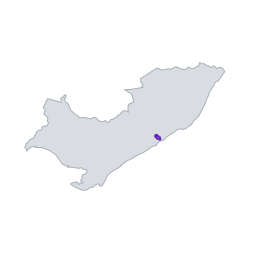 Canta, Lima, Peru shown in context, rotated 260°
{"feature_id": "86281439B11462215509346", "entity_name": "Canta", "entity_type": "district", "adm_level": 2, "iso_a3": "PER", "parent_name": "Peru", "parent_adm1": "Lima", "projection": "equal_earth", "projection_center": [-76.765, -11.534], "detail": "fine", "context": "in_parent", "style": "filled", "palette": "violet", "viewbox_px": 256, "rotation_deg": 260, "n_neighbors": 0, "source": "geoboundaries", "source_scale": "gbopen_adm2", "svg_char_len": 4928}
<svg xmlns="http://www.w3.org/2000/svg" viewBox="0 0 256 256"><g transform="rotate(260 128 128)"><path d="M171.6,71.6L171.5,72.4L170.8,72.7L170.2,72.2L169.2,72.4L167.8,70.6L164.4,70.9L162.9,72.9L160.7,73.4L158.2,74.3L155.5,74.7L151.1,78.0L150.1,79.3L148.1,81.2L146.5,81.8L145.7,87.7L144.1,91.2L143.5,93.1L144.4,95.9L144.3,97.3L143.5,98.5L142.7,98.6L141.2,99.8L139.0,102.4L138.6,104.4L139.3,107.0L139.1,107.3L137.3,107.8L137.3,109.3L136.9,109.9L138.5,112.0L139.3,112.5L139.4,113.0L139.2,113.6L138.9,113.8L138.8,114.3L140.0,115.8L140.8,119.0L142.4,120.5L142.4,121.5L142.9,122.5L143.7,123.3L145.7,126.4L145.7,127.9L143.6,131.2L147.0,131.2L150.7,132.3L151.2,132.9L151.7,134.4L151.7,135.4L152.4,136.2L152.4,138.0L157.2,138.0L160.4,137.6L165.6,132.0L166.4,131.5L165.9,132.7L165.9,133.6L166.1,134.6L165.5,135.9L165.4,149.6L166.3,148.8L167.5,150.1L168.4,150.2L171.2,148.6L174.5,148.9L181.9,166.6L181.2,167.8L181.2,168.7L180.3,169.5L179.3,170.9L179.2,178.0L178.4,180.1L178.8,181.2L179.2,183.4L179.9,184.8L180.1,185.6L180.0,186.0L178.9,186.7L178.8,188.0L176.9,190.5L176.6,192.2L175.9,192.7L175.7,194.6L177.4,197.7L176.3,199.6L175.2,202.3L176.9,208.1L177.6,208.9L178.3,208.9L179.4,209.4L180.0,210.2L178.6,211.3L178.4,211.8L178.4,213.7L176.9,215.1L174.9,218.7L174.3,218.9L173.3,220.0L173.1,220.5L173.3,221.0L174.1,222.1L174.2,223.4L172.7,225.0L171.7,225.2L171.3,225.7L171.7,227.9L171.7,228.9L171.3,230.0L170.6,231.3L168.4,232.6L166.5,232.9L163.2,229.6L162.1,228.2L158.8,225.4L158.3,222.5L157.2,221.0L155.2,220.0L153.6,218.4L152.4,217.7L149.4,214.4L146.7,213.4L141.6,209.8L138.9,208.7L135.4,205.4L133.5,204.5L131.9,203.0L127.3,199.7L126.6,198.7L125.9,197.1L124.9,196.1L123.7,193.9L122.0,192.6L120.3,190.9L118.3,186.3L117.3,185.2L117.3,183.1L116.6,182.1L117.6,181.4L118.2,178.2L117.9,176.5L115.5,172.1L115.1,170.3L113.4,166.9L112.7,164.9L111.4,163.4L110.8,162.1L110.0,161.6L110.0,160.0L109.4,157.0L108.7,155.5L105.9,152.7L105.7,149.7L105.0,147.6L101.2,139.0L99.0,130.7L97.1,126.2L96.3,123.5L96.3,122.1L94.9,119.6L94.1,117.4L91.0,113.1L89.2,108.3L88.9,106.9L87.7,104.2L85.7,100.8L84.7,99.4L78.7,95.2L75.8,92.6L75.5,91.3L75.6,90.5L76.3,89.8L77.1,90.4L77.6,90.1L78.0,89.2L78.1,87.7L77.5,85.9L75.6,82.3L76.1,80.7L74.1,76.6L74.6,72.6L75.0,71.6L77.9,67.5L78.7,65.8L80.0,64.7L81.2,63.1L82.8,61.8L83.2,62.2L83.7,64.4L83.6,65.9L84.0,67.5L83.0,68.9L81.8,68.6L81.4,69.0L81.2,69.7L81.4,70.8L81.7,71.2L82.5,71.3L81.4,73.4L81.5,73.8L82.3,74.2L83.1,73.7L83.9,72.5L84.4,72.3L87.3,74.4L88.7,74.1L89.7,75.1L89.9,76.6L91.3,79.6L93.5,80.3L93.9,80.1L94.4,79.0L94.8,78.8L94.9,77.1L96.8,75.4L97.1,74.2L96.8,73.3L96.9,72.6L98.0,68.7L98.4,68.3L98.7,67.1L99.1,66.3L99.8,61.9L100.3,61.9L100.8,63.0L101.4,62.7L101.0,61.7L101.1,61.4L103.2,57.9L103.9,57.1L114.0,52.3L119.1,47.3L123.6,40.3L125.0,33.3L125.5,33.8L126.3,33.6L126.0,30.8L126.2,29.5L126.2,29.1L124.8,27.4L124.2,25.5L123.0,24.5L123.1,24.1L124.4,24.5L125.5,24.3L126.5,23.1L127.3,23.2L128.9,24.8L130.2,25.0L130.6,26.1L131.7,26.9L133.5,29.4L134.2,32.0L134.2,32.5L134.9,33.9L136.6,34.5L138.2,36.5L139.9,37.1L140.7,38.8L141.1,39.4L141.4,40.4L141.1,41.6L141.4,42.2L142.6,43.3L143.7,43.3L143.9,43.8L144.5,46.7L144.1,48.2L144.3,49.0L145.7,49.7L146.1,50.3L147.2,50.5L148.8,49.8L150.8,50.7L152.3,50.4L153.0,50.2L153.7,49.5L154.3,49.5L155.9,47.7L156.3,47.5L158.0,48.4L159.4,49.6L161.1,49.4L161.8,48.6L163.0,48.2L165.3,49.7L165.8,50.5L166.4,50.6L168.8,52.2L169.2,52.8L170.5,53.4L170.8,53.9L170.7,54.4L165.0,66.4L166.8,67.3L168.4,66.7L169.2,67.5L169.9,69.5L171.2,70.7L171.6,71.6Z" fill="#d9dde1" stroke="#a8b0b8" stroke-width="1"/><path d="M115.9,153.3L115.7,153.4L115.5,153.2L115.4,153.2L115.4,153.3L115.3,153.2L115.2,153.2L114.9,153.1L114.7,153.2L114.7,153.3L114.5,153.5L114.4,153.5L114.4,153.4L114.2,153.4L114.1,153.5L114.1,153.8L114.1,154.0L113.9,154.2L113.9,154.3L113.7,154.4L113.4,154.3L113.3,154.2L113.2,154.3L112.9,154.4L112.9,154.5L112.7,154.6L112.6,154.8L112.4,154.8L112.3,154.7L112.2,154.7L112.2,154.8L112.2,155.0L112.3,155.1L112.5,155.2L112.5,155.3L112.4,155.5L112.2,155.6L112.0,155.8L111.9,155.8L111.9,155.7L111.8,155.8L111.8,156.0L111.7,156.1L111.5,156.3L111.4,156.3L111.3,156.5L111.2,156.5L111.1,156.8L111.0,157.0L111.1,157.3L111.1,157.5L110.9,157.6L111.0,157.7L111.0,157.8L111.1,158.0L111.3,158.0L111.5,158.0L111.5,157.9L111.7,158.0L111.8,158.0L112.0,158.0L112.0,157.9L112.3,157.8L112.4,158.0L112.5,158.0L112.7,157.9L112.8,158.0L113.0,158.1L113.2,157.9L113.3,157.9L113.4,157.6L113.5,157.6L113.5,157.4L113.8,157.3L113.9,157.2L114.0,157.1L114.3,157.0L114.4,156.9L114.5,156.9L114.7,156.7L114.8,156.7L115.0,156.5L115.1,156.4L115.1,156.2L115.2,155.9L115.3,155.8L115.2,155.8L115.3,155.8L115.2,155.8L115.2,155.6L115.2,155.4L115.3,155.3L115.3,155.2L115.5,155.0L115.5,154.9L115.6,154.7L115.8,154.8L115.8,154.7L116.0,154.8L116.1,155.0L116.3,155.1L116.5,155.2L116.6,154.9L116.6,154.7L116.4,154.4L116.3,154.2L116.3,153.9L116.2,153.7L116.2,153.4L115.9,153.3Z" fill="#8b5cf6" stroke="#5b21b6" stroke-width="1.5"/></g></svg>